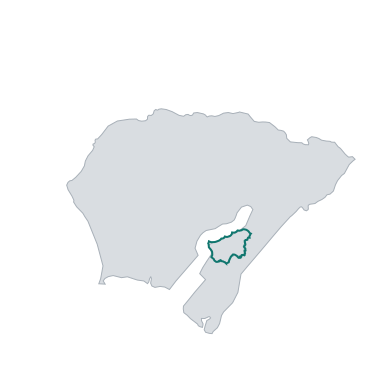 Medina Yoroufoula, Kolda, Senegal shown in context, rotated 310°
{"feature_id": "50182788B71056203552440", "entity_name": "Medina Yoroufoula", "entity_type": "district", "adm_level": 2, "iso_a3": "SEN", "parent_name": "Senegal", "parent_adm1": "Kolda", "projection": "natural_earth1", "projection_center": [-14.81, 13.235], "detail": "fine", "context": "in_parent", "style": "outline", "palette": "teal", "viewbox_px": 384, "rotation_deg": 310, "n_neighbors": 0, "source": "geoboundaries", "source_scale": "gbopen_adm2", "svg_char_len": 7678}
<svg xmlns="http://www.w3.org/2000/svg" viewBox="0 0 384 384"><g transform="rotate(310 192 192)"><path d="M283.8,176.9L287.8,184.9L287.0,188.7L286.1,194.3L288.3,198.3L291.0,201.0L292.9,203.4L295.0,206.7L295.3,213.4L294.9,218.2L296.3,220.4L297.5,223.1L297.2,225.4L296.5,227.5L294.0,230.1L293.6,235.1L297.7,241.2L300.3,244.5L300.3,246.4L301.1,248.4L303.0,250.8L304.2,250.3L305.5,248.3L306.1,246.9L309.7,247.5L311.3,248.2L313.6,252.1L314.5,254.7L315.0,258.0L317.4,262.2L319.5,265.1L319.9,266.9L321.8,269.3L320.6,274.8L320.8,277.6L319.5,284.9L319.3,288.3L319.4,289.6L322.2,292.2L321.9,295.9L319.0,295.3L314.1,294.8L304.2,296.8L300.8,296.0L294.2,296.2L289.6,297.3L283.7,299.7L279.1,299.1L276.7,297.2L273.4,297.3L269.7,296.3L265.8,294.5L262.2,293.6L258.4,290.2L256.6,289.6L255.3,290.5L254.3,291.6L253.1,292.3L251.1,291.7L250.3,289.4L250.9,287.2L251.1,285.5L250.1,284.6L247.8,284.3L244.0,284.3L237.9,283.6L236.4,283.2L222.7,282.6L208.5,282.5L196.5,282.5L181.3,282.4L170.6,282.3L160.6,282.3L152.9,286.8L144.6,291.7L133.3,294.3L120.4,293.3L116.3,294.0L112.0,296.2L108.9,297.7L104.4,298.7L98.7,297.9L96.4,298.4L94.9,296.2L93.3,292.6L94.3,289.9L97.8,288.2L103.1,286.0L105.9,287.1L107.5,287.2L107.8,285.8L107.3,285.0L103.3,283.1L101.2,280.5L99.5,282.0L98.1,285.2L96.8,286.1L95.0,287.0L94.0,284.8L93.6,282.8L94.4,281.2L94.0,272.2L94.5,267.5L94.3,263.3L96.8,260.5L99.1,258.8L108.3,258.7L116.9,258.5L125.2,258.6L133.6,258.7L134.4,250.4L137.1,249.7L141.1,248.8L148.5,247.8L156.8,246.9L158.6,245.2L159.9,242.5L160.8,240.0L162.5,238.9L164.8,239.8L167.9,241.1L171.0,243.1L174.6,244.9L177.0,246.1L182.8,249.1L192.7,253.2L200.8,254.8L210.6,251.8L217.7,249.9L218.6,246.3L217.5,242.8L212.2,239.6L205.0,239.9L202.8,240.8L199.5,241.9L197.5,242.3L194.1,241.5L189.8,238.8L187.1,236.0L183.3,234.7L178.8,233.3L171.6,227.6L167.9,226.6L164.3,226.3L157.5,227.4L150.9,230.5L147.4,237.4L140.7,237.3L126.5,237.1L113.5,236.9L102.8,237.4L101.7,232.3L99.2,228.3L95.1,224.9L94.2,221.7L95.6,218.9L99.6,216.6L100.5,215.0L98.4,215.2L95.3,216.7L93.2,216.8L92.9,212.3L89.4,206.7L85.5,197.0L81.1,193.1L77.3,185.3L73.4,182.3L69.8,180.9L66.8,181.1L65.6,184.7L61.8,179.6L67.0,177.7L78.2,171.3L91.1,152.9L102.7,131.1L104.2,125.9L105.6,122.0L106.5,113.1L108.2,107.8L109.8,106.8L111.7,102.7L114.1,95.6L116.7,91.6L119.7,90.8L122.0,91.2L123.7,92.6L128.5,93.5L136.6,93.9L142.8,92.8L147.2,90.4L152.9,89.1L160.1,89.1L163.8,88.0L164.2,86.0L165.1,85.4L166.6,86.2L168.0,85.9L169.4,84.4L170.7,84.3L172.0,85.6L177.9,85.9L188.6,85.4L198.4,89.2L207.5,97.2L212.2,102.5L212.4,105.2L213.9,107.9L216.7,110.6L219.1,111.1L221.4,109.4L223.1,109.6L224.4,111.6L227.0,112.1L229.9,110.8L231.9,111.2L232.3,112.5L232.7,113.1L234.1,113.4L236.0,115.0L238.6,119.2L240.8,125.2L242.4,132.8L244.6,136.9L247.3,137.6L248.9,139.1L249.2,141.0L250.0,142.2L251.3,142.9L253.6,142.5L256.3,145.0L259.2,150.6L259.6,153.1L259.2,154.5L259.3,155.4L261.3,156.4L263.1,158.2L264.6,161.0L267.8,163.4L272.7,165.5L276.2,168.7L278.4,173.0L282.9,176.5L283.8,176.9Z" fill="#d9dde1" stroke="#a8b0b8" stroke-width="1"/><path d="M159.2,264.1L159.3,264.0L159.5,264.2L159.8,264.3L160.1,264.5L160.3,264.6L160.5,264.7L160.6,264.8L160.8,264.8L161.0,264.9L161.2,265.0L161.4,265.2L161.6,265.3L161.9,265.2L162.1,265.2L162.3,265.0L162.7,264.9L162.8,264.8L162.9,264.7L163.1,264.6L163.6,264.4L163.8,264.3L164.1,264.3L164.2,264.2L164.3,264.2L164.8,264.0L165.2,264.0L165.3,263.9L165.7,263.8L165.9,263.8L166.5,263.6L167.0,263.5L167.2,263.4L167.5,263.5L167.7,263.4L167.8,263.4L168.2,263.4L168.5,263.4L168.7,263.5L168.7,263.4L168.9,263.4L169.1,263.5L169.4,263.5L169.5,263.5L169.8,263.5L170.2,263.6L170.4,263.6L170.6,263.6L170.7,263.8L170.8,264.1L170.9,264.3L171.2,264.5L171.3,264.7L171.6,265.4L171.6,265.9L171.7,266.5L171.8,266.7L171.9,266.9L171.9,267.4L171.8,267.7L171.8,268.0L171.8,268.3L171.7,268.4L171.7,268.7L171.5,269.4L171.5,269.5L171.7,269.9L171.9,270.1L172.0,270.4L171.9,270.5L172.1,270.7L172.5,270.5L172.5,270.4L172.8,270.3L172.9,270.5L173.0,270.8L173.2,271.0L173.3,271.0L173.2,271.2L173.3,271.2L173.4,271.4L173.6,271.3L173.8,271.1L174.0,271.1L174.0,270.9L174.2,271.1L174.3,271.0L174.5,271.1L174.9,270.7L175.1,270.6L175.3,270.6L175.6,270.7L175.8,270.7L175.9,270.8L176.0,271.1L176.4,271.3L176.5,271.4L176.6,271.5L176.8,271.6L176.8,271.9L177.0,272.1L177.0,272.5L177.2,272.9L177.3,272.9L177.5,272.9L177.8,272.7L178.0,272.6L178.5,272.2L178.8,272.1L179.0,272.1L179.1,271.8L179.2,271.7L179.4,271.4L179.6,271.3L179.7,271.2L179.9,271.1L180.0,271.1L180.2,270.6L180.3,270.6L180.4,270.4L180.5,270.3L180.6,270.6L180.8,270.5L181.0,270.3L181.3,270.4L181.5,270.1L181.8,270.1L181.9,270.3L182.0,270.2L182.1,269.9L182.3,269.7L182.5,269.5L182.7,269.4L182.8,269.2L183.0,269.1L183.0,268.9L183.1,268.6L183.1,268.3L183.1,268.0L183.1,267.9L183.2,267.7L183.4,267.6L183.5,267.3L183.5,267.1L183.8,267.1L184.1,266.9L184.3,266.9L184.3,266.7L184.5,266.6L184.6,266.8L184.8,266.9L185.0,266.8L185.2,266.7L185.3,266.7L185.5,266.7L185.6,266.8L185.8,266.8L186.1,266.5L186.4,266.4L186.5,266.2L186.7,265.9L186.7,265.7L186.8,265.6L187.0,265.5L187.1,265.4L187.1,265.2L187.3,265.0L187.3,264.9L187.6,264.6L188.2,264.0L188.3,264.1L188.7,264.1L188.9,263.9L189.0,263.9L189.4,263.8L189.6,263.8L189.9,264.1L190.0,264.2L190.1,264.3L190.4,264.7L190.8,265.0L191.0,265.1L191.3,264.9L191.8,264.7L192.1,264.5L192.8,264.4L193.1,264.3L193.3,264.4L193.5,264.5L193.7,265.0L193.8,265.2L194.0,265.5L194.1,265.4L194.4,265.1L194.6,264.8L194.9,264.6L195.1,264.5L195.4,264.3L196.3,264.2L196.6,264.0L197.0,264.0L197.3,263.8L197.9,263.8L197.8,263.5L197.7,263.0L197.8,262.1L198.2,260.7L198.2,259.9L198.2,259.5L198.2,259.4L198.1,258.9L198.0,258.1L197.9,257.9L197.8,257.5L197.4,256.8L197.1,256.2L196.8,255.8L196.5,255.3L196.4,255.2L196.1,255.1L195.9,255.0L195.7,254.9L195.4,254.8L194.8,254.6L194.7,254.6L194.5,254.4L194.3,254.4L193.9,254.1L193.7,253.9L192.7,253.1L192.4,252.5L192.2,252.2L191.9,251.8L191.8,251.6L191.7,251.6L191.1,251.6L190.8,251.6L190.5,251.6L190.3,251.5L190.1,251.5L189.6,251.4L189.4,251.3L188.7,251.0L188.3,250.6L188.1,250.5L187.8,250.2L187.6,249.9L187.2,249.4L186.8,248.7L186.6,248.8L185.8,249.3L185.3,249.5L185.0,249.5L184.6,249.6L184.4,249.6L184.0,249.6L183.7,249.6L183.1,249.5L182.8,249.4L182.4,249.2L181.9,249.0L181.7,248.8L181.5,248.7L181.4,248.6L181.2,248.5L180.5,248.1L180.3,247.9L180.0,247.6L179.9,247.4L179.7,247.2L179.3,246.4L179.2,246.2L179.1,245.8L178.4,245.9L177.9,245.9L177.7,245.9L177.2,245.9L176.8,245.8L176.1,245.3L175.6,244.9L175.3,244.5L175.2,244.4L174.7,244.4L173.6,244.4L173.2,244.3L172.6,244.1L172.4,244.0L172.0,243.9L171.9,243.8L171.5,243.6L171.4,243.5L171.1,243.4L170.6,243.1L169.7,242.6L169.4,242.4L169.0,242.1L168.8,241.9L168.5,241.8L167.9,241.2L167.2,240.4L166.8,240.0L166.4,239.5L166.0,239.0L165.7,238.5L165.5,238.1L165.3,237.3L165.1,236.7L164.8,236.9L163.9,237.2L162.9,237.6L162.8,238.2L161.9,239.1L161.7,239.2L161.1,239.9L161.0,240.0L160.6,240.3L160.4,240.8L160.1,242.9L159.9,243.7L159.7,244.5L159.6,244.8L159.5,245.0L159.4,245.3L159.2,245.7L159.1,245.8L158.4,246.6L157.4,247.5L156.8,248.0L156.2,248.3L155.4,248.4L154.6,248.6L154.5,248.9L154.6,249.2L154.6,249.9L154.6,250.5L154.6,251.0L154.6,251.9L154.5,252.1L154.4,252.3L154.3,252.5L154.2,252.7L154.1,252.8L154.0,253.0L153.9,253.1L153.9,253.7L154.0,254.3L154.0,254.7L154.0,255.2L154.0,255.3L154.1,255.5L154.3,255.7L154.5,256.0L154.8,256.2L154.8,256.3L155.2,256.6L155.4,256.8L155.7,256.9L155.8,257.1L156.1,257.3L156.1,257.2L156.3,256.9L156.5,256.9L156.9,257.1L157.3,257.3L157.5,257.4L158.1,257.6L158.2,258.0L158.2,258.4L158.2,258.6L158.2,258.8L158.1,259.1L158.2,259.6L158.3,259.7L158.4,259.8L158.8,260.4L158.9,260.9L159.1,261.7L159.2,262.2L159.4,262.5L159.3,263.1L159.2,263.5L159.2,263.9L159.2,264.1Z" fill="none" stroke="#0f766e" stroke-width="2"/></g></svg>